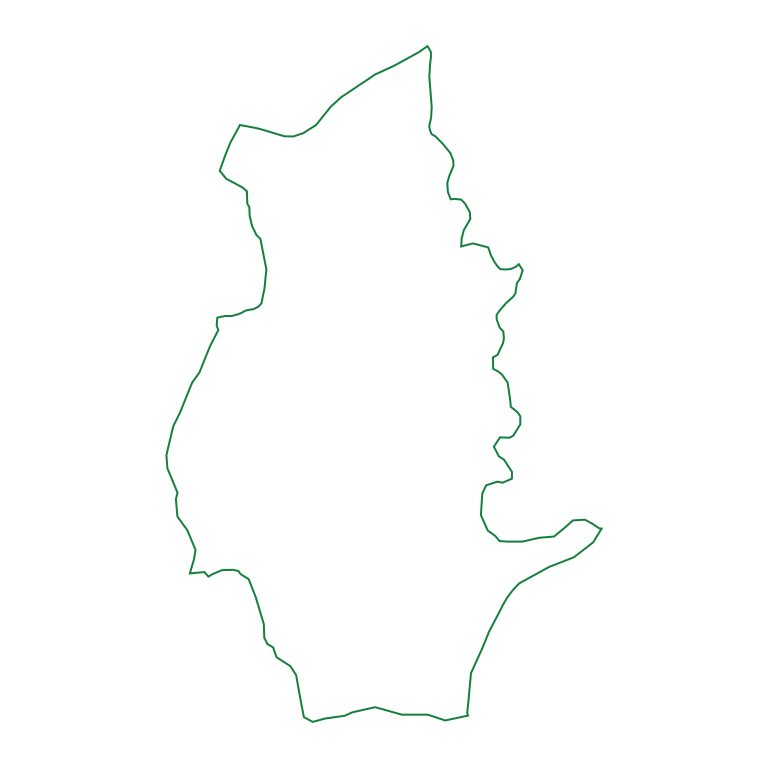 the district of Al Bab, Aleppo, Syria
{"feature_id": "27442178B24628051118006", "entity_name": "Al Bab", "entity_type": "district", "adm_level": 2, "iso_a3": "SYR", "parent_name": "Syria", "parent_adm1": "Aleppo", "projection": "equal_earth", "projection_center": [37.625, 36.397], "detail": "fine", "context": "isolated", "style": "outline", "palette": "green", "viewbox_px": 768, "rotation_deg": 0, "n_neighbors": 0, "source": "geoboundaries", "source_scale": "gbopen_adm2", "svg_char_len": 4388}
<svg xmlns="http://www.w3.org/2000/svg" viewBox="0 0 768 768"><path d="M254.6,594.1L255.5,596.4L263.8,624.0L264.3,637.8L267.4,644.0L273.1,647.4L276.6,657.3L290.3,666.1L296.1,675.0L300.7,700.6L303.9,717.1L312.7,721.9L325.3,718.5L344.6,715.8L352.4,712.3L375.1,707.2L385.3,710.0L402.0,714.7L427.8,714.7L430.9,715.7L445.3,720.5L449.2,719.6L468.0,715.6L467.8,714.8L467.6,714.0L467.2,712.4L468.3,702.5L471.0,673.1L482.2,648.5L487.5,635.6L488.9,632.0L502.3,606.3L502.4,606.0L502.6,605.7L502.8,605.2L503.0,604.9L503.1,604.7L503.2,604.4L503.4,604.2L503.5,603.9L503.7,603.6L503.8,603.4L504.0,603.1L504.1,602.9L504.3,602.6L504.4,602.3L504.6,602.1L504.7,601.8L504.9,601.6L505.0,601.3L505.2,601.1L505.3,600.8L505.5,600.5L505.6,600.3L505.8,600.0L505.9,599.8L506.1,599.5L506.2,599.3L506.4,599.0L506.6,598.8L506.7,598.5L506.9,598.3L507.0,598.0L507.2,597.8L507.4,597.5L507.5,597.3L507.7,597.1L507.9,596.8L508.0,596.6L508.2,596.3L508.4,596.1L508.5,595.8L508.7,595.6L508.9,595.3L509.0,595.1L509.2,594.9L509.4,594.6L509.6,594.4L509.7,594.2L509.9,593.9L510.1,593.7L510.3,593.4L510.5,593.2L510.8,592.7L511.0,592.5L511.2,592.3L511.4,592.0L511.5,591.8L511.7,591.6L511.9,591.4L512.1,591.1L512.3,590.9L512.5,590.7L512.7,590.4L512.8,590.2L513.0,590.0L513.2,589.8L513.4,589.5L513.6,589.3L513.8,589.1L514.0,588.9L514.2,588.7L514.4,588.4L514.6,588.2L514.8,588.0L515.0,587.8L515.2,587.6L515.4,587.3L515.6,587.1L515.8,586.9L516.0,586.7L516.4,586.3L516.6,586.1L516.8,585.9L517.0,585.6L517.2,585.4L517.4,585.2L517.6,585.0L517.8,584.8L518.0,584.6L518.2,584.4L518.4,584.2L518.6,584.0L518.8,583.8L519.0,583.6L519.2,583.4L519.5,583.2L549.4,566.8L574.0,557.2L593.2,542.3L601.6,528.6L600.4,528.5L599.1,528.3L592.8,524.0L584.9,519.7L572.9,520.4L566.0,526.6L554.1,536.5L539.0,537.8L522.3,541.6L507.7,541.6L499.6,541.1L495.3,536.0L487.8,530.6L480.9,515.1L481.6,504.1L482.4,493.2L486.2,485.3L497.2,481.7L502.6,482.7L511.9,478.7L512.0,472.0L504.1,459.8L498.8,456.3L493.9,446.7L500.0,437.4L509.8,437.7L513.3,435.6L520.3,424.4L520.3,416.3L517.8,412.5L510.8,406.8L510.1,399.2L507.6,382.5L504.9,378.7L501.8,374.3L499.9,372.8L498.0,371.4L493.2,368.8L492.9,357.4L497.5,354.9L503.1,343.0L503.9,338.4L503.3,331.4L499.7,327.7L496.7,319.5L496.6,314.9L499.6,310.6L506.0,303.2L513.3,296.6L515.4,293.3L516.9,283.2L520.0,278.6L522.7,270.3L518.8,264.2L515.6,266.9L510.5,269.1L505.4,269.5L500.2,269.1L497.3,266.0L494.7,262.4L491.0,255.5L489.6,251.4L488.2,247.4L479.0,245.0L473.1,243.4L469.6,244.3L464.1,245.7L461.2,246.5L461.3,244.8L461.4,243.1L461.7,238.2L462.5,235.2L463.8,230.2L465.7,226.9L466.4,225.7L468.5,222.1L470.3,219.0L469.8,212.1L465.1,203.7L461.2,199.6L454.6,198.9L454.0,198.9L452.5,199.1L450.7,199.3L447.9,192.0L447.4,184.6L447.3,182.8L448.3,179.3L449.5,175.4L451.8,170.0L453.4,166.0L453.5,165.6L453.4,164.6L453.3,160.7L450.4,153.1L443.5,144.7L442.6,143.6L440.4,141.4L435.6,136.5L431.5,134.0L430.0,130.2L429.4,127.1L429.2,126.4L429.6,124.4L431.1,117.7L431.7,107.0L431.7,106.8L429.3,76.6L429.7,70.7L430.0,64.7L431.0,56.5L430.9,53.3L430.8,51.9L429.8,50.1L427.5,46.1L423.5,48.9L421.0,50.7L420.3,51.2L419.7,51.7L415.9,53.8L401.5,61.7L394.2,65.7L382.5,71.1L375.2,74.4L373.0,75.9L371.3,77.1L361.8,83.4L357.8,86.1L353.5,89.0L341.3,97.1L330.9,106.5L324.3,114.7L316.2,124.9L311.8,127.7L303.0,133.3L296.8,135.3L294.8,136.0L294.5,136.1L294.3,136.1L293.3,136.5L284.5,136.3L264.8,130.4L258.2,128.5L246.4,126.2L239.9,125.0L237.7,129.3L234.0,135.9L230.4,142.6L225.3,155.2L219.7,170.8L226.4,178.9L235.9,183.9L242.7,187.6L246.9,191.3L247.3,203.7L249.3,207.1L249.7,215.9L252.0,225.9L253.9,229.8L256.4,234.9L260.1,238.7L260.4,239.0L260.7,240.3L261.9,246.5L266.1,268.0L266.4,269.2L264.8,285.1L264.4,289.1L262.6,297.4L262.2,299.8L262.0,300.4L261.5,303.3L260.5,304.3L258.1,306.9L253.1,309.3L248.3,309.9L245.2,310.8L240.9,313.2L237.3,314.5L231.3,316.1L227.2,316.0L225.7,316.0L223.3,316.4L221.0,316.8L217.3,317.7L217.1,320.3L217.0,320.9L216.8,324.3L216.7,325.8L217.6,328.1L218.3,330.0L209.9,346.5L204.1,360.8L199.5,372.4L192.2,382.5L184.4,401.7L180.1,412.5L179.4,413.9L178.4,415.9L177.9,416.8L177.5,417.6L176.7,419.3L173.3,426.1L169.8,440.7L166.4,455.3L167.4,468.3L170.3,475.3L177.5,492.7L175.9,499.2L177.4,516.5L187.5,530.5L195.5,549.9L194.0,559.2L189.9,573.4L204.4,572.1L206.4,574.3L208.4,576.6L212.4,574.2L218.5,571.6L222.1,570.1L226.0,570.0L233.0,569.8L238.4,571.0L240.6,574.1L248.7,579.2L254.6,594.1Z" fill="none" stroke="#15803d" stroke-width="2"/></svg>